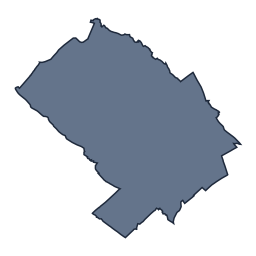 outline of Curtesti, Botosani, Romania
{"feature_id": "2599482B73716803842093", "entity_name": "Curtesti", "entity_type": "district", "adm_level": 2, "iso_a3": "ROU", "parent_name": "Romania", "parent_adm1": "Botosani", "projection": "natural_earth1", "projection_center": [26.65, 47.693], "detail": "fine", "context": "isolated", "style": "filled", "palette": "slate", "viewbox_px": 256, "rotation_deg": 0, "n_neighbors": 0, "source": "geoboundaries", "source_scale": "gbopen_adm2", "svg_char_len": 5681}
<svg xmlns="http://www.w3.org/2000/svg" viewBox="0 0 256 256"><path d="M227.7,174.7L224.8,165.7L223.5,162.1L223.1,160.9L223.1,160.4L221.6,156.1L221.6,155.8L222.7,155.2L223.8,154.6L230.3,151.0L233.5,149.1L236.8,147.3L235.9,146.2L235.3,145.7L235.0,145.4L234.8,144.9L234.0,144.0L233.7,143.5L234.9,143.7L236.2,143.4L236.8,143.3L237.5,143.4L238.0,143.6L238.6,143.9L239.6,144.2L240.6,144.3L239.2,142.6L238.0,141.4L234.8,138.1L233.0,136.6L227.1,132.2L224.8,130.3L224.4,129.9L223.9,128.8L223.7,128.2L223.3,126.8L223.0,126.3L222.1,125.4L220.4,123.8L219.8,123.2L218.6,121.8L218.2,121.2L216.8,119.0L216.2,117.6L217.0,117.2L217.5,116.6L218.0,116.1L218.1,115.8L218.2,115.5L218.6,115.0L218.9,114.7L218.7,114.5L218.5,114.3L218.7,113.7L218.3,113.2L218.2,113.0L218.4,112.9L218.8,112.8L219.2,112.5L219.4,112.2L219.0,111.8L218.6,111.3L216.5,110.1L216.2,109.8L215.6,109.6L215.3,109.4L214.4,109.0L212.6,107.9L211.2,107.0L211.0,106.2L210.5,105.7L209.9,104.4L209.7,104.3L209.3,104.2L209.2,103.6L208.9,103.3L208.6,103.2L208.7,102.6L208.5,102.3L208.1,102.1L208.1,101.7L208.4,101.4L208.6,101.1L208.9,100.8L209.0,100.6L207.7,100.6L206.8,100.7L206.5,100.8L206.4,101.0L206.0,101.0L203.9,94.2L203.4,92.7L201.1,87.0L197.1,80.2L194.1,74.4L193.5,73.2L193.0,72.4L188.1,75.9L180.6,81.6L180.4,81.2L179.9,80.8L179.0,79.9L178.2,79.4L177.7,78.4L177.0,78.1L175.8,77.7L175.2,77.3L173.2,75.2L172.4,74.5L170.2,73.0L169.8,72.3L169.8,71.1L169.1,69.7L168.9,69.0L168.2,68.0L167.8,67.5L167.5,67.0L167.4,66.4L167.0,65.3L165.8,63.1L165.6,63.9L165.3,64.1L163.9,63.5L163.6,63.2L162.4,61.9L161.9,61.4L160.9,60.7L160.4,60.3L159.8,59.9L158.6,59.6L158.0,59.2L157.5,58.6L157.4,58.3L157.2,58.3L155.7,59.3L153.8,58.1L153.2,57.8L152.9,57.6L152.6,57.3L152.8,57.1L152.2,56.7L151.8,55.9L151.5,55.8L151.5,55.4L151.9,54.6L151.7,54.5L152.4,52.7L151.5,52.3L149.6,49.7L149.9,49.3L148.9,48.5L147.9,47.5L145.6,46.2L145.1,45.7L143.4,46.4L142.8,45.7L141.3,42.6L140.0,41.0L138.9,40.5L138.8,41.8L138.5,42.0L138.3,42.0L138.1,41.8L138.0,41.5L138.0,41.1L137.9,40.9L137.0,41.9L137.0,42.2L136.8,42.3L136.1,42.3L135.1,42.1L134.4,41.7L134.2,41.4L134.2,41.2L133.3,39.9L133.2,39.5L133.0,38.8L132.7,38.3L131.8,37.7L130.5,37.0L130.0,36.6L129.9,36.1L129.7,35.8L129.7,35.5L129.5,34.6L128.2,34.7L126.3,34.6L125.7,34.4L124.9,34.0L124.2,34.6L123.4,34.9L121.6,35.2L120.2,34.6L118.4,33.6L115.7,32.7L114.5,32.5L113.6,32.2L111.1,31.4L110.5,31.1L108.9,30.0L107.4,28.4L107.1,28.2L106.2,28.1L105.9,27.8L106.0,27.7L105.2,26.9L104.6,25.8L103.9,25.3L103.6,25.3L101.9,26.9L101.1,26.1L101.3,26.0L101.1,24.7L101.1,23.9L100.5,22.8L99.9,22.1L100.2,21.1L100.0,20.6L100.0,20.0L99.9,19.9L99.3,19.6L99.1,19.4L98.8,19.3L98.0,19.3L97.8,19.1L97.5,18.5L97.3,18.4L97.0,18.5L96.3,19.0L95.7,18.7L94.3,19.3L93.7,19.7L93.4,20.2L93.2,20.6L92.1,20.3L91.7,20.4L91.0,20.2L90.4,22.2L92.4,22.6L94.4,23.3L88.1,38.2L88.1,38.7L83.2,42.2L81.3,42.4L79.6,41.7L75.8,38.0L73.2,38.1L64.0,45.2L58.7,49.9L56.7,52.7L53.6,56.0L50.8,59.3L45.0,61.7L42.1,62.4L39.6,62.2L39.8,62.5L39.7,62.8L39.2,63.5L38.0,65.4L37.1,66.3L36.0,67.8L35.3,68.8L34.7,69.4L34.4,70.5L33.6,71.0L33.2,71.7L32.7,72.3L32.4,73.0L31.5,74.0L31.2,74.9L31.1,75.0L30.6,75.1L30.1,75.7L30.1,76.0L20.2,87.4L19.4,88.2L18.1,86.8L16.3,87.4L15.4,88.1L15.4,88.8L16.0,89.9L17.6,92.4L18.5,93.6L20.4,95.4L25.4,99.4L26.5,100.5L29.9,104.4L30.4,105.3L30.6,106.6L31.0,107.3L32.0,108.1L34.1,109.2L37.0,110.8L38.3,111.8L41.6,114.8L43.1,116.0L43.8,116.4L45.2,116.4L46.9,116.8L47.8,117.3L48.3,118.1L48.4,118.9L48.5,119.5L49.6,121.5L50.2,122.2L53.1,124.9L53.7,126.2L54.7,127.2L56.3,128.7L58.8,131.6L61.4,133.7L62.9,134.7L65.2,135.6L66.1,137.9L66.6,138.8L72.2,142.4L77.2,144.9L81.3,146.5L83.9,148.2L84.3,150.7L84.7,151.6L84.0,152.1L84.0,154.6L87.6,156.9L87.2,157.4L87.7,158.3L88.1,158.6L89.0,158.6L89.8,160.1L90.9,159.9L90.6,160.3L90.7,160.5L91.1,160.5L91.2,161.1L93.5,161.0L93.4,161.7L93.5,161.8L93.5,162.2L97.3,163.0L95.9,165.1L95.5,165.4L95.4,167.2L95.4,168.0L95.5,169.0L95.9,169.7L97.5,171.7L98.4,172.5L98.9,173.1L98.2,173.4L101.6,177.2L102.4,178.0L104.3,180.2L105.5,181.0L106.1,181.7L106.9,181.9L107.2,182.1L109.2,183.2L110.2,183.9L111.3,184.4L112.2,185.0L112.9,185.3L114.0,186.1L115.4,186.8L117.9,187.8L120.1,188.8L118.8,189.7L115.5,193.0L105.4,202.3L103.8,203.6L100.4,206.3L99.2,207.6L98.9,207.5L95.5,210.3L93.5,212.2L92.4,213.3L93.0,213.9L93.7,214.4L95.4,215.2L96.3,216.2L96.5,216.8L96.5,217.2L97.0,217.3L97.3,217.2L97.6,217.6L98.3,217.9L99.0,218.6L99.6,218.9L100.4,218.9L101.1,218.8L101.4,218.9L103.1,221.3L109.6,226.1L110.3,226.5L111.9,227.8L115.1,230.2L117.2,231.6L120.6,234.3L123.7,236.5L125.4,237.6L131.8,231.5L133.3,230.1L133.8,229.4L135.0,229.0L135.5,229.0L136.1,229.2L136.5,229.3L136.8,229.1L136.5,228.2L137.8,223.7L139.8,224.1L141.5,222.6L143.1,221.5L144.9,219.4L150.9,213.6L154.0,210.9L154.8,210.5L155.3,210.1L155.9,209.0L156.5,208.2L156.8,208.3L157.3,208.8L157.7,208.9L158.1,208.9L158.5,209.4L158.6,209.0L159.2,209.1L159.3,208.5L159.8,208.3L160.0,208.7L160.4,209.1L161.8,210.1L162.0,210.6L162.6,211.2L162.4,211.4L162.2,212.2L162.6,212.5L162.6,212.9L163.0,213.5L163.0,213.8L163.3,213.9L164.2,213.6L164.8,213.7L165.1,214.0L165.3,214.7L165.4,214.8L166.0,215.1L166.2,214.9L166.7,215.0L167.1,216.1L167.3,216.7L167.5,217.5L167.9,219.6L168.3,219.9L170.7,221.5L172.2,222.3L173.6,223.4L173.3,222.0L173.3,221.6L173.9,218.8L174.2,217.8L176.8,212.7L177.1,212.3L177.7,211.8L179.2,210.7L179.4,210.5L180.0,209.4L180.9,207.3L181.1,206.7L181.1,206.1L180.8,202.7L180.9,202.3L180.9,202.0L181.3,201.5L182.7,200.3L182.9,200.4L183.2,201.2L184.7,203.4L192.2,197.4L194.0,195.8L193.6,195.3L202.1,187.5L204.1,189.3L205.6,190.6L209.1,187.3L211.9,184.8L213.4,183.8L216.7,181.5L221.8,178.2L226.8,175.4L227.4,175.0L227.7,174.7Z" fill="#64748b" stroke="#1e293b" stroke-width="1.5"/></svg>